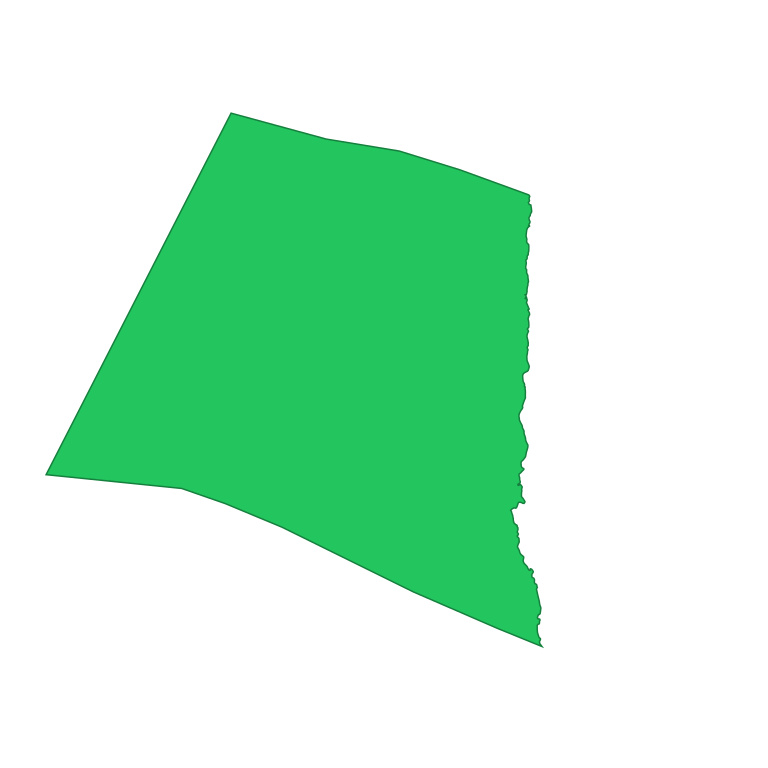 Marsa Alam, Al Bahr al Ahmar, Egypt (orthographic projection), rotated 27°
{"feature_id": "37247803B19297711577028", "entity_name": "Marsa Alam", "entity_type": "district", "adm_level": 2, "iso_a3": "EGY", "parent_name": "Egypt", "parent_adm1": "Al Bahr al Ahmar", "projection": "orthographic", "projection_center": [35.034, 24.707], "detail": "fine", "context": "isolated", "style": "filled", "palette": "green", "viewbox_px": 768, "rotation_deg": 27, "n_neighbors": 0, "source": "geoboundaries", "source_scale": "gbopen_adm2", "svg_char_len": 4598}
<svg xmlns="http://www.w3.org/2000/svg" viewBox="0 0 768 768"><g transform="rotate(27 384 384)"><path d="M643.9,546.2L643.5,546.0L642.6,545.5L641.6,545.1L640.5,544.4L639.7,543.3L639.4,542.6L639.5,541.5L639.4,540.7L639.2,540.1L638.8,539.8L637.9,539.6L636.8,539.1L633.5,535.7L632.3,533.7L631.3,531.9L630.3,530.0L630.1,529.1L630.3,528.2L631.1,527.4L631.1,526.5L630.7,525.7L630.2,524.6L630.2,523.5L629.5,522.8L628.6,523.0L627.8,523.3L626.9,522.7L626.7,522.1L626.4,521.1L626.4,519.2L627.2,518.7L627.3,517.5L626.7,515.7L625.5,512.4L624.8,511.6L623.8,510.7L622.8,509.7L621.1,507.2L619.2,505.0L617.1,502.6L614.4,499.3L613.0,497.6L612.9,496.8L613.0,495.7L612.4,495.1L611.5,493.9L610.9,493.4L610.4,493.3L609.8,493.3L609.2,493.3L608.1,492.6L607.7,491.7L607.2,490.6L606.8,489.9L605.6,489.0L604.1,489.1L603.3,488.6L602.8,487.8L602.2,486.5L602.2,485.9L602.3,484.9L602.4,484.0L602.1,483.3L601.0,482.6L599.8,482.1L598.7,482.0L598.3,482.3L598.7,483.1L598.8,483.7L598.4,483.9L597.5,483.9L596.1,483.1L594.6,481.8L593.5,481.3L591.8,480.7L590.3,480.2L589.2,479.4L588.3,478.4L587.9,477.4L587.4,475.5L587.1,474.8L586.4,474.4L585.2,474.1L583.5,473.8L582.6,473.2L581.8,472.8L580.1,470.9L578.9,470.0L577.7,469.2L576.7,468.3L576.3,466.0L576.2,463.4L574.4,460.4L573.4,459.8L572.1,459.5L571.7,458.9L572.0,457.7L571.9,456.7L571.3,456.2L570.1,455.7L569.7,454.6L569.5,453.1L569.1,452.2L568.4,451.1L567.4,450.7L567.0,449.8L566.6,449.5L566.0,449.4L565.3,449.5L563.5,449.0L562.6,448.5L561.0,446.6L560.2,445.0L559.1,444.0L558.9,443.4L558.6,443.0L556.2,440.7L555.4,439.7L554.2,439.1L554.6,437.8L554.8,437.2L555.4,436.3L556.0,435.4L556.9,435.0L557.6,434.9L558.2,434.2L558.1,432.2L557.8,430.2L557.6,429.0L557.9,428.2L558.8,427.6L560.4,427.2L561.9,427.3L563.0,426.8L563.2,425.7L562.9,424.7L562.4,424.4L559.9,422.9L557.6,421.9L556.5,419.8L556.1,418.9L555.2,416.4L554.4,415.3L553.9,413.0L553.3,412.6L552.3,412.1L551.3,411.6L550.4,411.5L550.2,411.8L550.4,412.7L550.1,413.2L549.1,413.2L548.9,412.5L549.3,411.6L549.9,410.9L550.1,410.0L549.8,409.3L548.3,407.6L547.4,405.9L546.3,404.8L545.6,403.9L545.3,402.9L546.1,401.0L546.9,398.2L547.3,397.2L547.3,396.3L546.8,395.9L545.9,396.0L544.5,395.7L543.4,394.7L542.8,393.5L541.9,392.2L541.6,390.6L542.3,389.0L542.7,387.1L542.9,386.0L543.1,384.6L542.5,382.4L541.9,380.4L541.4,377.7L541.0,375.6L540.4,373.9L539.9,373.0L538.8,372.3L536.7,370.7L535.6,369.6L534.7,368.0L533.1,366.3L531.7,365.1L530.8,363.7L530.1,362.3L528.8,361.3L527.4,360.3L526.4,358.9L525.7,358.1L524.5,357.3L522.7,356.0L521.5,355.0L520.6,354.1L520.1,353.0L518.9,351.6L518.5,350.7L518.0,348.7L518.0,345.7L518.4,343.3L518.3,342.1L518.0,341.5L517.4,341.1L517.0,339.0L516.5,335.3L516.3,332.2L515.1,330.0L513.8,327.3L513.0,325.8L511.6,323.8L511.2,322.6L510.2,322.4L509.8,321.4L509.6,320.8L508.7,319.8L506.9,318.7L504.5,315.0L503.6,313.3L503.5,311.4L504.3,309.8L505.1,308.7L506.0,307.5L506.3,306.4L506.1,305.0L505.8,303.6L505.5,302.4L504.4,301.3L503.4,300.4L501.4,298.7L500.7,298.0L499.5,295.9L498.7,294.6L498.0,292.1L497.4,290.5L497.0,289.6L496.9,288.6L496.6,287.9L495.9,287.5L495.0,286.4L494.8,285.8L495.0,285.1L495.0,284.2L494.4,283.1L494.1,282.4L493.7,281.5L493.3,281.2L492.3,279.7L491.3,278.7L490.7,277.8L489.9,277.0L489.2,275.2L488.9,273.5L488.8,271.4L488.4,271.0L486.7,269.9L486.9,269.1L487.2,267.9L487.2,267.7L486.2,265.4L484.3,262.3L482.8,260.6L482.5,259.0L482.1,257.3L482.3,256.2L481.4,254.8L480.5,254.1L479.7,253.5L479.0,252.9L478.6,252.3L479.2,251.8L479.3,251.3L478.1,250.4L475.5,248.1L473.9,246.8L473.6,244.7L473.1,243.6L472.6,243.3L471.7,243.7L471.0,243.6L471.0,242.8L471.8,242.3L471.6,242.0L470.8,241.6L470.4,240.8L469.2,240.5L469.4,240.2L470.2,239.5L469.5,236.7L468.6,235.1L467.7,232.4L467.3,230.5L466.6,229.2L466.3,227.3L465.4,225.9L464.1,224.1L462.8,221.9L461.7,221.1L460.7,220.3L459.7,218.5L459.3,217.5L457.7,216.6L456.9,214.8L456.1,212.1L455.5,211.1L454.2,209.4L454.6,207.7L454.4,206.8L454.0,206.2L453.5,205.0L453.8,203.4L453.0,201.6L452.6,199.8L450.8,196.0L449.7,194.2L447.1,193.2L446.1,191.7L445.6,190.2L444.5,188.9L443.4,187.7L442.2,184.6L441.3,182.1L441.0,180.0L441.5,178.3L442.0,177.2L441.3,176.6L440.9,176.9L440.6,175.6L440.8,174.5L440.5,173.2L438.3,171.2L437.6,169.9L437.8,167.5L437.3,166.1L437.4,163.6L436.5,162.0L435.5,160.5L434.6,159.3L434.2,158.8L433.7,157.9L432.7,157.9L431.9,158.1L431.0,157.4L430.2,156.7L430.5,155.5L430.4,154.6L430.0,154.1L429.1,153.0L428.8,152.0L428.8,150.8L428.1,150.2L427.5,149.9L427.1,149.8L354.5,158.7L291.9,169.5L221.3,192.0L124.8,212.1L124.1,618.2L251.2,568.9L297.1,562.6L358.1,557.9L505.2,555.9L596.7,550.2L643.9,546.2Z" fill="#22c55e" stroke="#15803d" stroke-width="1.5"/></g></svg>